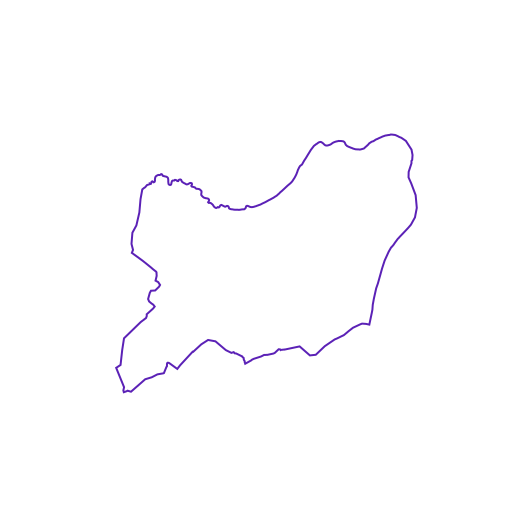 Bani Sa'd, Al Mahwit, Yemen, rotated 230°
{"feature_id": "15242507B10684657615911", "entity_name": "Bani Sa'd", "entity_type": "district", "adm_level": 2, "iso_a3": "YEM", "parent_name": "Yemen", "parent_adm1": "Al Mahwit", "projection": "mercator", "projection_center": [43.545, 15.235], "detail": "fine", "context": "isolated", "style": "outline", "palette": "violet", "viewbox_px": 512, "rotation_deg": 230, "n_neighbors": 0, "source": "geoboundaries", "source_scale": "gbopen_adm2", "svg_char_len": 6082}
<svg xmlns="http://www.w3.org/2000/svg" viewBox="0 0 512 512"><g transform="rotate(230 256 256)"><path d="M253.2,443.3L255.0,442.3L256.0,441.9L256.8,441.6L257.8,441.1L258.7,440.7L259.3,440.3L259.5,440.2L260.2,439.5L261.0,438.8L261.8,438.0L262.5,437.2L262.8,436.3L263.4,435.4L263.9,434.6L264.4,433.7L264.9,432.9L265.3,432.1L265.6,431.2L266.0,430.2L266.3,429.3L266.5,428.4L266.8,427.4L267.1,426.4L267.4,425.4L267.5,424.8L267.6,424.3L268.0,423.3L268.2,422.4L268.3,421.4L268.4,420.4L268.6,419.4L269.0,418.6L269.3,417.6L269.3,416.7L269.5,415.6L269.5,414.7L269.2,413.7L269.2,412.5L269.1,411.6L269.1,410.7L269.1,409.7L269.0,408.7L269.0,407.7L269.4,406.8L269.9,405.7L270.3,404.8L270.9,403.8L271.3,403.5L271.7,403.1L272.4,402.3L273.1,401.6L273.8,400.8L274.6,400.3L275.3,399.8L275.7,399.6L276.1,399.3L277.0,398.9L277.8,398.4L278.6,398.0L279.5,397.5L280.3,397.1L281.2,396.7L281.6,396.5L282.7,396.4L283.1,396.3L283.6,396.3L284.1,396.4L285.0,396.7L285.9,396.9L286.8,396.9L287.7,396.6L288.5,395.9L289.5,395.0L290.1,394.2L291.0,393.3L291.4,392.4L291.8,391.8L292.0,391.3L292.5,390.3L292.8,389.4L293.1,388.5L293.3,387.6L293.4,386.6L293.4,385.6L293.6,384.5L294.0,383.4L294.4,382.4L294.9,381.5L295.5,380.8L296.0,380.4L296.4,380.2L296.8,380.1L297.2,380.0L298.1,379.9L299.2,379.8L300.1,379.6L301.1,379.3L301.8,378.9L302.2,378.2L302.4,377.9L302.7,377.0L302.8,376.0L302.8,375.0L303.0,374.1L303.0,373.0L303.1,372.0L303.1,371.0L302.9,370.2L302.0,366.2L300.0,360.2L299.0,357.3L298.1,354.2L296.5,350.0L296.6,348.8L296.6,347.5L296.3,346.6L296.0,345.7L295.4,344.5L295.2,343.9L295.0,343.5L294.4,342.5L293.8,341.6L293.7,341.3L293.4,340.8L292.9,339.9L292.4,339.0L292.3,338.6L292.0,338.0L291.6,337.0L291.2,336.0L290.9,335.1L290.6,334.0L290.3,333.1L290.0,332.1L289.8,331.2L289.7,330.2L289.6,329.2L289.6,328.0L289.6,327.8L289.6,327.0L289.6,326.0L289.6,325.0L289.5,324.1L289.5,323.1L289.4,322.2L289.4,321.3L289.3,320.3L289.3,319.2L289.2,318.3L289.2,317.3L289.2,316.1L289.2,315.2L289.0,314.1L289.0,313.1L289.0,312.2L288.9,311.2L289.0,309.9L289.2,308.8L289.3,307.8L289.4,306.8L289.6,305.9L289.8,304.9L290.0,303.9L290.2,302.9L290.5,301.8L290.7,300.7L290.9,299.6L291.1,298.6L291.3,297.6L291.5,296.8L291.6,296.5L291.9,295.4L292.2,294.2L292.4,293.2L292.6,292.3L293.1,291.1L293.5,289.9L293.9,288.9L294.2,287.9L294.7,286.9L295.0,286.1L295.1,285.9L295.7,284.8L296.2,284.1L296.9,283.4L297.4,283.0L297.8,282.9L298.7,282.4L299.5,282.0L300.2,281.4L300.4,280.4L299.9,279.6L299.4,278.8L299.3,277.9L299.4,276.9L300.1,276.1L300.7,275.2L301.2,274.4L301.8,273.3L302.4,272.5L303.1,271.8L303.7,271.1L304.4,270.3L305.1,269.5L305.8,268.8L306.7,268.1L307.4,267.4L308.1,266.8L308.9,266.3L309.8,266.0L310.7,266.4L311.5,266.7L312.5,266.5L313.1,265.8L313.3,264.9L313.6,264.0L314.6,263.5L315.6,263.1L316.5,262.7L317.3,262.4L317.7,261.5L317.5,260.5L317.1,259.7L317.1,258.7L318.0,258.2L318.1,257.2L318.2,256.9L318.4,256.3L319.2,255.9L320.2,255.6L321.1,255.6L322.1,255.7L322.6,255.8L323.2,255.8L324.1,255.7L325.0,255.5L325.9,255.3L326.5,254.6L327.1,253.9L328.0,253.9L328.3,255.0L328.8,255.9L329.6,256.3L330.6,256.2L331.8,255.4L332.5,254.7L333.3,254.2L334.0,253.7L334.7,253.5L335.0,253.4L336.0,253.3L336.9,253.2L337.9,253.3L338.7,253.9L339.3,254.6L339.9,255.3L340.7,255.9L341.6,255.9L342.6,255.8L343.5,255.6L344.5,254.9L345.2,254.2L345.9,253.5L346.8,253.3L347.8,253.3L348.7,252.7L349.6,252.1L350.3,251.5L351.3,251.5L351.7,252.4L352.2,253.2L353.1,253.5L353.9,253.0L354.5,252.0L354.6,250.9L354.8,250.0L355.3,249.0L356.1,248.5L357.1,248.2L357.9,247.8L359.7,247.2L359.9,247.1L360.6,247.1L361.5,247.3L362.5,247.6L363.3,247.2L363.8,246.3L363.9,245.4L363.4,244.6L364.0,243.9L365.0,243.7L365.9,243.4L366.5,242.7L366.4,241.8L367.3,240.8L367.4,239.9L366.9,239.0L366.4,238.3L365.7,237.5L365.3,236.7L365.6,235.8L366.5,235.3L367.4,235.3L368.2,235.8L369.1,236.4L369.9,237.0L370.5,237.6L371.3,238.1L372.1,238.6L372.6,238.7L373.0,238.7L374.0,238.5L374.8,238.0L375.5,237.4L376.0,237.1L376.3,236.9L376.9,236.3L377.8,236.2L378.7,236.5L379.7,236.0L379.7,235.0L380.0,234.2L380.7,233.5L381.1,232.7L381.3,231.7L381.4,230.7L381.2,229.8L380.7,229.0L380.0,228.2L379.3,227.5L378.5,226.9L378.0,225.9L378.2,225.0L378.6,224.9L379.1,224.8L379.9,224.5L379.9,223.5L379.3,222.8L378.9,221.8L379.4,221.5L379.1,221.4L380.4,218.1L379.9,215.3L380.1,213.8L380.1,213.2L380.1,211.7L373.8,204.1L364.3,194.6L356.3,184.0L353.3,176.3L345.3,168.4L339.7,165.7L338.2,162.9L325.3,166.1L314.7,168.2L312.1,168.6L308.3,169.4L307.5,169.3L304.6,167.1L301.7,163.2L298.9,164.3L295.5,163.9L294.8,162.0L294.4,156.6L296.9,153.2L296.0,150.9L292.4,145.7L289.9,144.9L287.0,145.4L284.8,146.0L282.4,145.9L281.9,143.5L281.6,134.8L280.3,133.8L280.0,133.4L279.8,132.9L279.2,132.0L279.5,125.3L277.8,102.0L270.0,93.1L259.6,82.2L260.2,77.0L240.3,70.6L238.3,68.0L236.9,67.3L236.6,67.2L235.5,70.2L235.4,71.0L232.4,73.0L232.8,91.9L230.1,98.2L228.7,104.4L225.8,109.4L225.6,109.8L225.5,110.2L228.6,116.1L228.7,116.8L230.6,118.5L231.0,119.0L231.0,119.8L230.2,120.5L229.0,120.9L220.1,123.1L221.1,127.8L223.4,146.0L223.0,146.2L223.0,146.4L223.1,148.7L223.5,157.3L222.8,162.8L222.5,165.3L216.7,170.1L203.3,172.4L197.6,174.9L196.7,177.1L195.2,177.1L194.0,178.2L189.9,180.0L187.9,180.9L187.4,180.7L185.8,181.0L184.4,180.0L182.6,179.7L182.1,179.2L180.4,178.5L179.1,185.3L179.2,186.0L178.7,188.1L175.8,195.2L175.0,198.6L173.0,201.1L170.1,206.6L169.7,208.0L170.0,213.4L169.0,214.4L168.2,214.4L168.2,214.5L166.0,217.8L165.9,217.8L158.7,231.3L145.2,233.4L141.9,238.3L142.7,250.7L141.5,262.7L140.8,264.9L138.9,272.6L138.9,277.2L138.9,279.1L138.7,284.2L136.6,292.1L136.0,293.8L133.2,296.7L130.6,298.7L137.9,308.0L140.0,310.6L143.6,314.1L146.9,318.1L147.0,318.2L147.1,318.3L154.0,327.3L156.6,331.7L162.0,339.6L165.3,344.4L169.8,351.6L174.0,360.4L175.7,365.0L175.7,365.7L176.1,368.3L176.7,370.4L176.8,370.7L177.1,371.9L177.4,373.2L178.0,375.6L178.1,377.1L178.3,378.1L179.0,384.6L179.7,390.5L180.4,394.8L183.4,402.6L189.5,410.1L200.0,417.4L211.9,421.6L218.2,423.4L222.3,427.0L227.1,434.7L228.9,436.2L229.2,437.4L232.7,440.8L235.9,442.6L237.5,443.5L247.8,444.8L250.4,444.1L253.2,443.3Z" fill="none" stroke="#5b21b6" stroke-width="2"/></g></svg>